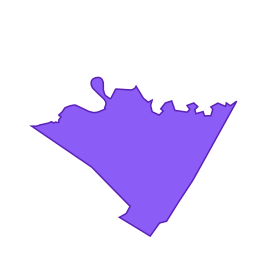 the district of Claiborne, Mississippi, United States of America, rotated 32°
{"feature_id": "52423323B39960691316428", "entity_name": "Claiborne", "entity_type": "district", "adm_level": 2, "iso_a3": "USA", "parent_name": "United States of America", "parent_adm1": "Mississippi", "projection": "orthographic", "projection_center": [-91.036, 32.005], "detail": "fine", "context": "isolated", "style": "filled", "palette": "violet", "viewbox_px": 256, "rotation_deg": 32, "n_neighbors": 0, "source": "geoboundaries", "source_scale": "gbopen_adm2", "svg_char_len": 1404}
<svg xmlns="http://www.w3.org/2000/svg" viewBox="0 0 256 256"><g transform="rotate(32 128 128)"><path d="M45.3,177.5L118.0,180.4L146.7,187.4L171.3,193.3L171.8,201.5L168.0,208.3L204.1,207.9L205.1,191.9L210.1,186.6L210.1,164.8L210.7,138.0L209.4,112.2L206.0,47.7L203.0,54.9L198.1,54.6L199.3,58.0L191.0,59.3L187.1,66.2L190.0,67.2L191.8,73.7L186.4,77.2L183.0,74.3L178.1,79.8L174.9,77.1L175.9,72.9L170.5,71.9L166.1,77.6L170.5,79.4L169.8,83.2L158.5,88.2L150.7,81.9L146.4,87.0L145.6,94.4L148.9,94.9L147.6,100.5L139.9,101.4L135.3,97.0L133.7,91.6L131.4,95.5L125.2,94.6L112.7,88.3L112.8,90.5L111.5,93.1L110.3,94.2L101.6,98.9L97.5,101.1L97.0,101.6L97.0,102.4L97.8,111.7L97.4,112.4L96.8,112.7L91.7,112.4L90.2,111.7L86.9,108.7L83.8,103.8L82.5,102.1L80.5,100.7L79.1,100.2L77.4,100.3L76.2,100.7L74.0,102.4L72.7,104.3L72.2,105.3L72.1,106.1L72.1,107.2L72.3,108.2L73.0,109.6L73.9,110.8L75.4,112.0L77.3,113.0L83.5,114.4L92.7,116.3L95.0,117.4L96.1,118.5L96.7,119.6L97.2,121.5L97.5,123.3L98.7,123.9L94.4,130.0L92.5,131.9L90.0,133.5L85.9,134.7L71.3,136.4L69.5,137.6L67.3,139.7L65.0,142.6L63.9,144.2L63.7,145.5L63.8,147.1L63.6,149.6L62.4,153.5L62.5,153.7L63.1,154.0L65.0,153.7L65.3,154.4L65.0,157.8L66.1,159.2L66.3,159.9L65.5,160.6L63.6,161.3L63.1,161.7L62.6,162.8L62.2,163.0L61.1,163.3L60.0,163.1L59.4,163.6L58.7,165.0L57.6,166.3L51.9,171.9L49.5,174.9L45.3,177.5Z" fill="#8b5cf6" stroke="#5b21b6" stroke-width="1.5"/></g></svg>